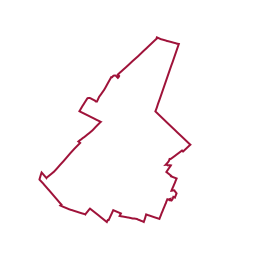 Insuratei, Braila, Romania (orthographic projection), rotated 19°
{"feature_id": "2599482B22032457967395", "entity_name": "Insuratei", "entity_type": "district", "adm_level": 2, "iso_a3": "ROU", "parent_name": "Romania", "parent_adm1": "Braila", "projection": "orthographic", "projection_center": [27.625, 44.95], "detail": "fine", "context": "isolated", "style": "outline", "palette": "rose", "viewbox_px": 256, "rotation_deg": 19, "n_neighbors": 0, "source": "geoboundaries", "source_scale": "gbopen_adm2", "svg_char_len": 5009}
<svg xmlns="http://www.w3.org/2000/svg" viewBox="0 0 256 256"><g transform="rotate(19 128 128)"><path d="M156.8,212.7L157.6,212.5L158.5,212.4L158.8,212.4L159.0,212.3L159.4,212.3L159.8,212.2L160.0,212.2L160.4,212.2L160.7,212.2L160.9,212.2L161.1,212.1L161.4,212.1L161.8,212.1L162.2,212.0L162.3,211.9L162.5,211.9L162.8,211.8L163.0,211.7L163.4,211.5L163.8,211.5L164.3,211.4L164.7,211.3L165.0,211.3L165.2,211.2L165.5,211.2L165.8,211.2L166.3,211.1L166.5,211.2L167.0,211.3L167.5,211.3L167.9,211.4L168.1,211.3L168.4,211.3L169.5,211.4L169.9,211.4L170.0,211.5L170.4,211.5L170.5,211.5L171.0,211.5L171.9,211.5L172.5,211.6L173.0,211.6L173.5,211.7L173.5,208.0L173.3,203.8L174.2,203.8L175.5,203.9L176.3,203.8L177.5,203.8L182.1,203.8L187.3,203.7L187.4,200.8L187.5,200.1L187.5,197.8L187.7,195.6L187.8,193.0L187.8,192.9L188.0,190.4L188.1,187.9L188.2,187.4L188.3,186.3L188.2,185.7L188.4,182.6L189.1,182.7L189.5,182.4L190.3,181.8L190.2,182.1L190.4,182.1L190.4,182.6L190.7,182.7L191.1,181.9L191.6,181.9L191.7,182.4L192.1,182.5L192.3,181.7L192.8,181.5L192.6,182.3L192.5,182.9L192.8,182.3L192.9,182.1L192.9,181.9L193.0,181.6L193.1,181.4L193.1,181.1L193.2,180.9L193.2,180.7L193.3,180.3L193.3,180.2L193.3,179.9L193.3,179.7L193.3,179.2L193.3,178.9L193.3,178.7L193.3,178.3L193.5,178.3L193.9,178.3L194.2,178.4L194.6,178.4L195.0,178.5L195.0,177.6L195.1,176.4L195.1,176.1L195.2,174.0L195.1,173.9L194.5,173.6L194.1,173.3L193.6,172.9L193.1,172.7L192.8,172.4L192.2,172.1L192.1,171.9L191.9,171.9L191.7,171.9L191.4,172.1L191.1,172.3L190.4,172.7L189.9,173.0L189.5,173.2L189.5,172.9L189.7,170.4L189.8,169.1L189.9,168.4L189.9,167.8L190.0,166.2L190.1,165.4L190.2,164.3L190.2,163.3L190.2,163.1L190.4,159.9L184.6,159.7L184.7,159.3L184.6,159.2L183.1,158.7L181.8,158.2L180.0,157.6L178.6,157.1L179.5,153.7L180.6,149.9L180.7,149.4L179.9,149.5L179.1,149.8L178.6,150.0L178.2,150.2L177.9,150.3L177.6,150.4L177.3,150.2L177.0,150.2L176.6,150.2L176.4,150.2L176.1,150.3L175.8,150.4L175.6,150.5L176.9,147.5L177.4,145.7L177.4,143.7L177.7,143.6L178.0,143.5L178.3,143.5L178.5,143.3L181.5,139.0L182.4,137.6L184.4,134.7L186.0,132.3L186.2,132.0L186.4,131.7L187.0,132.0L187.5,132.2L187.7,132.3L188.0,131.8L188.7,130.4L189.3,129.3L191.5,125.1L192.4,123.5L190.1,122.5L182.5,119.0L175.8,116.0L173.1,114.7L162.3,109.8L160.2,108.8L148.5,103.4L148.5,103.1L148.6,99.2L148.5,95.5L148.6,90.0L148.6,85.0L148.6,80.0L148.6,79.9L148.6,69.9L148.6,67.4L148.6,62.3L148.6,57.3L148.6,54.9L148.7,51.4L148.7,49.8L148.7,48.0L148.7,47.0L148.7,44.2L148.7,42.8L148.7,35.5L148.7,32.4L148.7,32.0L147.4,32.2L146.5,32.3L146.4,32.4L146.0,32.3L145.3,32.3L144.3,32.4L143.1,32.5L141.1,32.6L139.7,32.7L138.6,32.8L137.1,32.9L136.9,33.0L136.7,33.1L136.2,33.0L135.8,33.0L134.8,33.0L133.0,33.1L131.5,33.2L131.4,33.2L130.6,33.3L130.4,33.3L130.0,33.3L128.0,33.1L127.0,33.0L125.8,32.9L125.8,34.0L126.1,34.1L124.8,36.4L120.1,45.4L120.1,45.5L117.6,50.1L115.3,54.6L114.2,56.8L113.0,58.9L110.5,63.3L108.2,67.7L105.8,72.1L104.6,74.2L103.3,76.6L102.3,78.3L101.0,80.7L102.7,81.7L102.7,81.8L101.1,82.6L102.4,83.2L102.1,83.9L101.5,83.6L100.6,83.2L100.2,82.9L99.4,82.5L99.0,82.5L98.6,82.6L97.8,82.9L97.7,83.0L97.3,83.3L97.0,83.7L96.6,84.7L96.5,85.0L96.4,85.2L96.3,85.3L95.8,85.4L95.6,85.4L94.4,91.9L93.5,97.2L93.0,99.7L93.0,99.8L92.9,100.1L92.8,100.4L92.7,100.7L92.3,102.2L92.2,102.4L91.6,104.6L91.0,106.5L90.5,108.1L90.5,108.4L90.5,108.6L90.4,109.4L90.2,111.3L90.2,111.5L90.0,113.1L89.3,113.3L89.0,113.4L88.8,113.4L88.6,113.3L88.0,112.9L86.8,112.7L86.7,112.7L85.3,112.5L84.6,112.4L83.5,112.2L82.7,112.1L82.3,112.1L82.2,112.1L81.9,112.1L81.4,112.3L80.8,112.6L80.7,112.6L80.2,112.9L80.2,113.0L79.9,113.3L79.5,114.9L79.5,115.0L79.1,116.6L78.6,118.7L78.4,119.5L78.4,119.8L77.9,121.5L77.6,123.0L77.0,125.9L77.0,126.2L76.7,127.7L76.6,127.8L76.6,128.0L85.2,129.1L85.3,129.1L90.4,129.8L90.5,129.8L92.1,130.0L96.2,130.6L96.5,130.6L99.1,130.9L99.3,131.0L100.2,131.1L100.0,131.4L98.9,133.8L98.0,135.6L97.9,135.8L97.8,136.1L97.7,136.3L97.6,136.5L97.0,137.7L96.8,138.2L95.6,140.9L94.9,142.3L94.4,143.1L93.4,144.8L92.9,145.6L92.4,146.4L91.9,147.1L91.0,148.6L90.0,150.2L89.5,151.0L88.9,151.7L88.2,152.7L87.6,153.8L86.9,154.7L86.5,155.2L85.7,156.6L85.5,156.9L85.8,157.0L87.6,157.7L86.6,159.8L84.1,165.0L81.8,170.3L77.8,180.4L75.9,184.7L74.0,189.4L73.1,191.5L72.0,193.9L71.9,193.9L70.6,196.1L67.1,201.7L67.1,201.8L65.5,200.9L61.7,198.7L60.8,198.2L60.8,199.9L61.0,205.0L61.1,205.6L62.8,206.5L65.9,208.1L66.7,208.6L66.8,208.7L70.3,210.7L72.9,212.2L73.0,212.2L82.0,217.5L83.9,218.6L86.9,220.4L90.0,222.1L89.3,223.3L92.5,223.6L97.5,223.9L98.2,224.0L99.2,224.0L100.5,224.0L100.9,224.0L101.5,223.9L103.2,223.9L103.4,223.9L107.8,223.8L108.6,223.8L112.3,223.7L115.5,223.5L115.8,223.6L115.9,223.0L116.5,221.4L117.3,219.2L117.7,218.0L118.3,216.6L128.4,220.1L131.6,221.3L133.9,222.1L138.6,223.8L138.8,221.8L138.8,221.7L139.0,221.4L139.7,221.3L140.2,216.4L140.5,213.7L140.8,210.5L143.4,210.7L149.1,211.1L148.7,213.9L150.4,213.7L151.9,213.4L152.5,213.3L153.9,213.1L155.2,212.9L156.8,212.7Z" fill="none" stroke="#9f1239" stroke-width="2"/></g></svg>